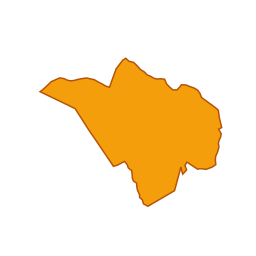 Siriri, Sergipe, Brazil, rotated 294°
{"feature_id": "56859067B39899980118162", "entity_name": "Siriri", "entity_type": "district", "adm_level": 2, "iso_a3": "BRA", "parent_name": "Brazil", "parent_adm1": "Sergipe", "projection": "natural_earth1", "projection_center": [-37.12, -10.561], "detail": "fine", "context": "isolated", "style": "filled", "palette": "amber", "viewbox_px": 256, "rotation_deg": 294, "n_neighbors": 0, "source": "geoboundaries", "source_scale": "gbopen_adm2", "svg_char_len": 1231}
<svg xmlns="http://www.w3.org/2000/svg" viewBox="0 0 256 256"><g transform="rotate(294 128 128)"><path d="M125.4,32.9L124.2,71.8L109.0,94.9L105.4,100.9L87.1,130.3L89.7,133.4L96.1,138.5L94.2,142.1L91.6,144.6L90.5,148.7L86.7,151.0L83.9,152.4L81.8,154.5L81.1,158.3L78.3,159.7L75.0,162.0L71.9,165.5L69.2,166.9L68.2,170.3L65.0,173.0L64.6,178.0L89.7,196.0L113.9,192.2L110.7,194.5L108.1,196.8L113.6,198.6L116.9,195.3L120.8,195.7L118.7,208.3L120.4,210.8L122.0,216.2L126.3,220.6L130.3,223.1L134.3,220.8L137.8,219.6L142.0,219.6L147.7,218.8L150.9,216.7L154.4,216.2L157.3,216.3L160.6,215.5L163.8,211.3L166.5,213.4L174.1,207.6L181.0,203.2L182.0,200.2L185.8,182.8L189.1,179.4L190.9,176.3L191.4,172.2L191.0,167.7L190.9,163.4L189.2,159.2L186.2,158.5L182.7,157.2L181.1,153.5L182.3,149.4L184.0,145.3L187.5,141.5L186.1,137.4L184.6,134.8L184.0,131.5L184.4,127.7L184.3,123.8L185.8,120.4L186.5,115.5L188.5,111.1L190.2,106.5L189.4,101.7L190.8,97.6L187.8,95.6L177.2,93.1L157.7,94.5L157.2,90.4L157.7,86.8L157.9,82.1L158.4,77.8L157.6,73.4L156.8,69.7L154.8,66.5L152.4,63.0L149.6,59.5L147.7,56.4L147.0,53.3L147.1,49.4L146.0,45.3L142.4,42.0L139.0,38.9L134.5,37.2L130.8,35.6L127.9,34.3L125.4,32.9Z" fill="#f59e0b" stroke="#b45309" stroke-width="1.5"/></g></svg>